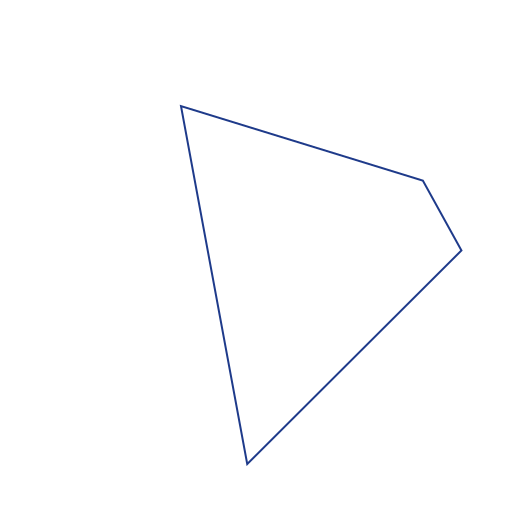 map outline of Rose Atoll (Mercator projection), rotated 40°
{"feature_id": "ASM-5000", "entity_name": "Rose Atoll", "entity_type": "state/province", "adm_level": 1, "iso_a3": "ASM", "parent_name": "American Samoa", "parent_adm1": "", "projection": "mercator", "projection_center": [-168.164, -14.526], "detail": "fine", "context": "isolated", "style": "outline", "palette": "blue", "viewbox_px": 512, "rotation_deg": 40, "n_neighbors": 0, "source": "natural_earth", "source_scale": "10m", "svg_char_len": 224}
<svg xmlns="http://www.w3.org/2000/svg" viewBox="0 0 512 512"><g transform="rotate(40 256 256)"><path d="M383.0,421.0L102.2,189.4L335.4,91.0L409.8,119.7L383.0,421.0Z" fill="none" stroke="#1e3a8a" stroke-width="2"/></g></svg>